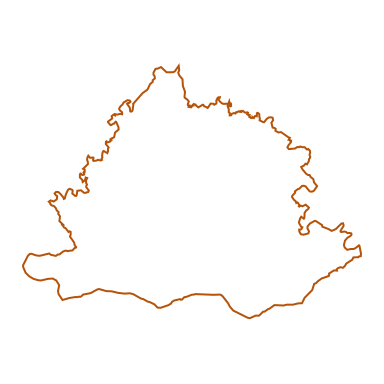 outline of Bougouriba, Bougouriba, Burkina Faso
{"feature_id": "67063806B9563364372336", "entity_name": "Bougouriba", "entity_type": "district", "adm_level": 2, "iso_a3": "BFA", "parent_name": "Burkina Faso", "parent_adm1": "Bougouriba", "projection": "albers", "projection_center": [-3.423, 10.888], "detail": "fine", "context": "isolated", "style": "outline", "palette": "amber", "viewbox_px": 384, "rotation_deg": 0, "n_neighbors": 0, "source": "geoboundaries", "source_scale": "gbopen_adm2", "svg_char_len": 5965}
<svg xmlns="http://www.w3.org/2000/svg" viewBox="0 0 384 384"><path d="M178.7,65.8L174.8,71.4L173.1,72.2L166.6,72.3L161.0,67.1L157.7,68.6L155.6,68.8L153.5,72.6L153.5,74.7L154.7,76.3L154.8,78.5L152.7,80.2L152.7,81.9L150.1,84.1L147.4,89.7L142.7,93.0L133.1,103.9L133.4,104.6L132.5,110.6L131.5,111.6L130.3,111.4L129.7,107.5L127.0,103.8L127.4,103.2L129.2,102.9L130.5,101.7L129.7,100.5L127.5,100.2L123.7,102.4L122.5,104.5L120.3,106.5L119.1,108.8L119.8,110.4L121.8,111.9L122.3,113.7L122.1,114.3L120.1,113.8L117.0,114.7L115.4,114.2L115.0,115.4L114.1,114.3L111.7,116.1L112.2,118.5L108.0,121.6L108.2,122.4L110.5,125.1L111.1,125.1L113.3,123.7L114.1,123.6L115.6,121.7L116.2,121.9L118.5,127.3L118.6,129.6L115.1,132.5L114.1,137.3L110.6,138.9L110.2,140.7L110.9,140.7L109.7,141.8L107.4,142.4L106.5,141.3L106.0,141.7L105.8,144.0L108.7,147.5L107.9,148.8L108.0,151.4L107.3,153.1L103.7,151.0L103.3,151.2L102.6,152.4L102.1,156.0L102.4,157.5L101.5,158.8L102.0,159.9L100.8,160.5L97.9,159.8L96.5,160.6L93.5,160.9L93.0,160.1L93.5,157.9L93.1,157.5L90.0,157.8L88.3,155.7L87.3,157.8L87.1,159.9L87.9,162.1L87.9,164.1L83.1,168.8L84.7,169.6L84.7,171.8L83.9,171.8L83.5,172.4L84.3,174.0L84.0,174.7L82.2,175.0L80.9,173.6L80.4,173.6L79.9,174.4L79.9,177.5L82.3,179.9L82.7,182.0L84.9,180.4L85.7,177.5L87.2,178.0L86.0,180.5L86.2,183.2L87.0,184.5L86.2,186.1L86.2,187.1L88.8,190.6L88.1,192.1L84.9,192.9L83.9,192.7L81.0,190.3L77.3,190.8L76.7,195.1L76.2,195.9L75.0,195.8L72.3,193.5L72.7,190.6L72.0,189.7L69.6,188.8L67.9,189.9L65.8,194.6L64.8,198.5L63.8,198.9L63.5,197.6L60.5,194.0L58.3,192.0L56.1,191.9L54.6,193.5L55.9,195.3L57.2,196.1L57.0,198.7L56.4,199.6L53.7,201.5L50.6,200.4L48.8,201.7L50.4,203.2L50.4,204.2L51.6,205.4L53.9,206.0L55.8,208.1L56.8,210.5L58.6,212.2L58.2,213.8L60.0,216.3L59.4,221.1L62.8,224.4L61.1,224.4L63.2,225.2L63.3,226.5L64.0,227.4L65.7,228.3L68.5,232.0L69.6,231.3L70.6,231.8L70.7,234.4L70.0,236.6L74.1,242.5L74.7,245.2L76.2,247.1L75.7,247.8L74.7,247.9L72.5,250.4L67.3,251.1L66.1,250.6L64.9,250.8L62.8,251.7L59.5,254.4L57.9,254.5L55.8,255.9L50.9,254.8L49.2,253.5L39.8,255.8L36.5,255.5L31.5,253.8L29.9,253.9L28.0,255.6L23.0,265.4L23.3,267.4L25.6,272.7L29.1,276.2L33.4,278.8L38.1,280.2L40.9,280.5L47.8,278.9L51.3,278.6L52.9,278.6L56.3,280.5L59.2,285.3L58.0,291.0L58.6,294.1L62.5,300.0L69.3,298.0L75.7,297.0L77.4,297.2L78.7,296.6L80.1,296.9L81.4,296.3L83.0,294.6L90.7,293.1L97.0,289.6L98.9,289.0L106.4,291.1L111.7,291.3L118.2,292.9L124.5,293.6L129.9,293.3L133.1,294.1L141.1,298.6L143.3,299.1L147.7,301.6L149.8,302.1L154.5,304.4L157.5,307.6L160.6,307.8L168.5,305.1L171.1,303.5L172.0,301.9L173.9,300.6L180.0,299.1L181.0,299.8L182.0,299.6L184.3,297.2L186.6,296.8L191.9,294.7L193.9,294.6L195.1,294.1L213.5,294.8L219.3,294.6L220.9,294.8L222.7,296.3L228.2,303.4L229.8,306.6L233.3,310.6L247.6,317.7L249.8,318.2L255.7,315.6L258.9,315.7L263.1,311.7L264.6,311.6L267.9,309.2L269.3,308.8L274.4,305.1L283.6,305.5L286.6,304.7L292.9,304.7L298.0,303.4L302.0,303.2L304.6,297.8L312.2,290.1L314.2,283.9L316.1,283.1L317.9,281.2L321.8,278.4L328.6,276.1L328.5,275.6L329.2,275.0L329.1,273.5L333.0,271.0L334.1,270.4L337.0,270.6L336.7,269.3L337.7,268.3L340.3,267.2L343.0,267.8L345.1,265.7L346.2,263.6L352.3,259.7L353.4,257.4L358.3,257.2L359.3,256.3L360.8,256.2L361.0,253.6L359.4,245.6L359.0,245.3L355.5,248.1L353.6,249.0L350.9,249.0L347.2,249.8L344.7,247.5L343.9,245.1L345.0,240.6L347.4,237.8L350.4,236.0L351.4,234.9L351.5,233.9L351.1,233.3L349.8,233.0L347.4,233.1L346.1,232.0L344.3,231.5L341.8,232.0L340.7,231.8L340.5,231.2L341.1,229.8L343.4,226.3L343.6,225.1L343.0,223.3L341.5,223.5L335.8,229.1L331.7,230.9L328.4,229.0L322.3,226.7L322.1,225.1L315.7,221.0L314.7,220.9L310.1,223.4L307.6,226.3L307.4,228.3L309.0,231.3L308.4,233.4L303.5,234.7L300.8,234.2L299.3,231.5L299.2,229.6L300.3,229.7L301.5,229.0L302.3,227.3L301.3,227.0L299.2,223.3L298.9,222.4L300.2,218.3L301.2,216.7L303.8,218.7L304.4,217.8L304.6,212.9L306.1,210.6L308.3,208.9L308.9,207.6L305.7,204.7L302.4,206.3L300.8,205.6L299.3,206.6L298.8,206.2L299.5,205.2L297.8,202.7L297.3,202.4L296.3,203.0L295.5,201.0L294.0,199.9L292.0,197.0L292.3,195.7L295.1,192.7L295.0,191.3L297.8,189.1L299.2,188.8L302.1,185.9L303.9,185.8L305.6,186.4L309.6,191.3L310.7,191.6L312.2,191.6L314.0,190.7L317.1,186.1L314.0,182.3L313.3,179.1L310.5,176.9L309.6,175.0L308.0,175.0L305.9,173.5L302.3,169.1L301.2,166.9L303.8,165.7L305.5,163.7L307.0,164.4L308.9,161.0L309.0,159.2L309.9,158.1L310.2,156.7L309.5,154.8L310.2,152.3L309.8,150.5L308.2,149.0L307.6,149.5L306.8,149.4L304.6,147.2L302.5,147.2L300.1,146.5L299.2,147.2L297.3,147.0L295.1,148.5L288.8,149.1L287.4,147.3L288.3,145.5L291.0,142.1L291.1,140.7L290.0,140.7L289.8,139.9L288.7,139.8L289.8,137.8L288.4,137.3L281.0,132.1L278.6,132.5L276.2,131.3L275.4,130.7L275.7,128.9L274.4,127.9L272.6,127.6L271.4,122.7L273.1,120.2L272.6,117.7L271.1,117.3L268.6,117.5L266.5,119.1L264.2,122.1L263.1,122.1L259.6,120.3L259.9,118.8L259.4,117.0L259.3,114.2L258.2,113.1L257.6,112.8L256.9,113.2L256.8,116.3L255.1,116.0L253.9,118.0L252.5,116.9L252.5,117.9L251.3,118.1L249.5,117.1L249.8,116.4L248.8,115.6L249.4,114.9L247.3,114.3L248.0,112.7L247.4,112.3L246.0,112.7L244.6,112.4L243.0,110.9L241.6,111.8L241.2,111.0L240.4,111.1L240.0,111.9L238.6,111.3L237.0,112.3L236.3,112.1L235.5,113.5L234.1,113.0L231.8,113.9L231.0,115.3L229.7,115.4L229.8,113.1L228.7,112.1L228.8,109.3L227.6,105.9L227.8,105.2L230.3,106.4L231.1,106.0L231.1,104.0L230.7,103.4L229.7,104.1L229.2,101.5L228.6,103.1L227.6,103.7L223.6,103.9L221.9,103.3L219.8,101.5L218.4,99.1L218.5,98.4L219.8,97.8L219.9,97.2L218.5,97.3L217.3,98.3L217.0,99.8L216.3,100.4L216.5,103.1L216.0,103.8L214.2,104.7L213.6,103.8L210.6,103.6L208.0,107.7L207.4,108.0L206.6,107.1L204.1,106.3L203.4,104.9L202.7,104.7L198.4,107.4L195.8,105.3L195.6,104.6L193.8,104.1L193.5,105.4L192.8,105.0L191.3,107.3L188.9,107.0L189.9,105.6L187.9,105.3L187.8,104.2L188.8,101.5L187.5,99.8L184.7,97.6L184.5,96.9L185.0,91.7L182.9,86.1L182.5,79.2L179.4,75.6L178.2,72.7L179.2,70.1L178.7,65.8Z" fill="none" stroke="#b45309" stroke-width="2"/></svg>